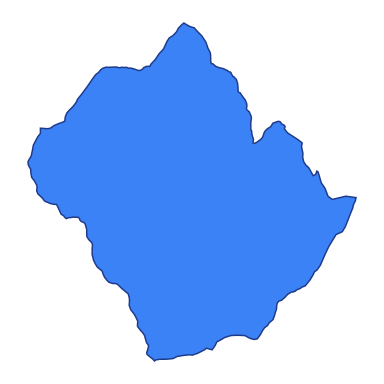 Toepisa, Thimphu, Bhutan
{"feature_id": "84629894B31491158844122", "entity_name": "Toepisa", "entity_type": "district", "adm_level": 2, "iso_a3": "BTN", "parent_name": "Bhutan", "parent_adm1": "Thimphu", "projection": "equal_earth", "projection_center": [89.777, 27.525], "detail": "fine", "context": "isolated", "style": "filled", "palette": "blue", "viewbox_px": 384, "rotation_deg": 0, "n_neighbors": 0, "source": "geoboundaries", "source_scale": "gbopen_adm2", "svg_char_len": 4002}
<svg xmlns="http://www.w3.org/2000/svg" viewBox="0 0 384 384"><path d="M318.1,172.0L316.8,171.1L315.7,174.4L313.2,175.7L308.8,167.8L305.7,164.9L303.6,161.5L302.7,157.4L302.9,153.3L301.5,146.6L302.2,143.1L301.4,142.2L296.6,138.7L292.2,135.9L287.6,132.9L286.1,131.0L284.4,128.8L285.1,126.4L284.2,125.2L281.9,124.1L280.2,121.8L278.8,121.3L277.7,121.5L273.0,123.1L270.6,126.8L267.8,128.5L266.0,130.0L264.7,131.7L263.9,133.3L263.4,135.1L262.9,136.5L262.1,137.8L260.7,139.4L258.3,141.2L256.7,142.3L255.4,143.0L254.5,143.4L253.0,143.0L253.4,139.9L253.4,139.0L252.5,136.4L252.0,134.4L251.7,133.0L251.7,131.1L250.9,129.9L250.8,126.3L250.8,124.7L250.8,122.3L251.0,120.9L251.2,119.8L251.4,118.3L251.2,116.8L250.7,115.2L249.2,111.7L246.9,110.0L246.5,108.7L246.9,105.7L246.7,103.7L245.2,99.9L243.7,98.0L242.4,96.2L241.7,95.3L240.2,92.9L238.6,92.2L238.1,91.2L237.9,86.4L237.7,85.2L237.7,83.8L236.8,80.8L236.1,79.1L235.3,78.3L234.6,77.8L234.1,76.9L232.9,76.6L232.5,75.7L231.3,73.7L231.0,72.7L230.4,72.0L229.3,72.0L228.6,71.5L227.5,70.6L226.6,70.2L223.3,68.6L220.3,68.0L217.9,67.2L215.7,66.3L212.8,63.8L211.6,63.7L210.9,62.5L210.7,60.9L210.7,58.9L210.6,54.9L210.2,52.6L208.2,48.7L207.8,47.8L206.5,43.9L205.9,42.2L205.1,40.9L201.9,36.0L197.4,31.4L196.6,30.6L194.3,27.9L189.6,26.4L186.1,24.4L183.9,23.0L181.8,24.7L178.3,28.3L176.9,31.1L176.4,32.0L172.9,35.6L169.3,37.9L167.5,40.6L167.0,41.4L164.1,47.7L163.6,48.9L159.3,53.5L155.3,59.5L151.8,63.2L150.9,64.2L149.9,66.3L146.4,66.4L145.1,67.0L144.0,67.4L142.5,69.0L140.7,70.3L139.5,70.4L138.3,70.5L134.0,68.9L131.0,68.1L129.7,68.1L128.3,68.1L127.1,67.5L125.9,67.3L124.9,67.5L123.5,67.5L122.4,67.2L119.1,67.8L116.5,67.0L113.4,67.1L109.3,67.3L106.0,67.2L102.9,68.2L100.8,69.7L98.6,72.4L95.7,74.6L92.8,78.5L89.8,82.9L87.1,86.8L85.1,89.5L82.0,93.7L77.5,99.3L76.2,102.3L73.1,106.4L68.8,110.7L66.9,112.9L65.3,116.8L64.8,121.1L62.2,122.4L58.9,123.5L54.2,125.5L50.2,128.3L47.4,128.7L40.4,128.2L40.4,133.4L37.7,136.9L35.8,140.4L33.3,145.3L32.6,149.5L31.2,156.1L29.3,159.1L28.0,161.7L28.2,164.5L29.6,167.5L30.7,169.3L30.9,173.2L31.7,177.3L33.2,179.4L34.7,181.3L35.9,183.7L36.9,185.4L37.0,187.4L36.7,190.9L38.1,194.2L40.8,196.5L42.7,198.5L43.9,200.2L45.3,201.5L48.3,202.6L50.2,203.5L54.6,204.4L56.5,204.4L57.6,206.5L59.4,210.4L61.2,214.3L63.5,215.6L64.6,217.1L66.2,218.6L69.0,217.6L70.7,217.6L73.1,217.1L76.1,217.3L78.4,217.3L79.2,218.2L79.8,219.9L81.2,221.5L83.9,222.5L85.0,223.8L85.6,225.4L86.7,229.4L86.7,234.8L86.9,236.6L88.0,238.5L89.4,240.4L91.0,241.7L92.5,244.3L92.1,249.3L92.2,252.5L92.1,254.4L92.9,257.3L93.5,260.1L95.1,263.4L96.6,266.0L97.6,267.4L99.4,268.8L102.2,271.2L103.0,273.8L104.6,277.3L106.8,280.2L109.0,282.3L112.8,283.5L115.6,283.5L117.6,284.4L122.0,288.7L128.2,293.8L129.3,297.8L129.5,300.8L129.2,305.4L130.7,309.6L134.3,314.4L135.2,315.9L137.7,321.0L137.6,323.6L137.4,325.5L137.7,326.6L140.7,330.6L142.4,332.3L144.6,335.6L145.3,338.4L146.6,342.8L148.6,345.5L147.8,349.5L146.7,352.5L147.1,354.5L153.4,359.6L154.4,361.0L155.9,359.9L159.5,359.3L166.6,359.2L172.9,358.6L177.4,356.4L182.9,355.5L189.2,354.8L192.4,355.1L197.9,353.2L205.0,349.5L206.3,348.2L212.1,349.8L215.2,345.4L216.8,341.9L220.5,340.0L224.7,337.5L230.7,335.6L235.2,335.3L239.4,335.3L244.9,335.6L247.8,337.2L250.7,338.6L254.3,339.5L257.2,338.9L259.9,335.3L263.0,329.9L264.6,327.7L267.5,325.5L269.3,322.7L273.0,319.6L274.5,315.5L275.3,312.5L276.4,309.4L276.6,307.5L276.7,305.6L277.1,303.7L277.6,302.7L278.7,301.2L280.2,300.7L281.8,300.1L282.6,299.3L284.0,298.2L285.3,297.0L286.3,295.8L288.2,293.9L289.4,293.4L290.5,292.5L291.6,292.0L293.6,291.9L294.3,291.2L295.3,291.2L296.4,290.1L297.2,289.7L298.5,289.1L299.3,288.9L300.5,288.3L301.8,287.2L305.2,285.9L310.0,280.0L312.8,275.3L314.5,271.8L316.9,270.1L318.8,267.5L320.3,265.3L325.3,253.8L328.9,246.3L332.8,239.9L336.0,234.6L342.3,231.7L345.3,226.7L347.3,221.7L350.3,213.9L352.7,208.2L353.6,204.3L355.4,200.8L356.0,197.6L345.8,196.2L332.4,199.4L328.1,196.4L325.0,188.3L321.3,182.9L318.1,172.0Z" fill="#3b82f6" stroke="#1e3a8a" stroke-width="1.5"/></svg>